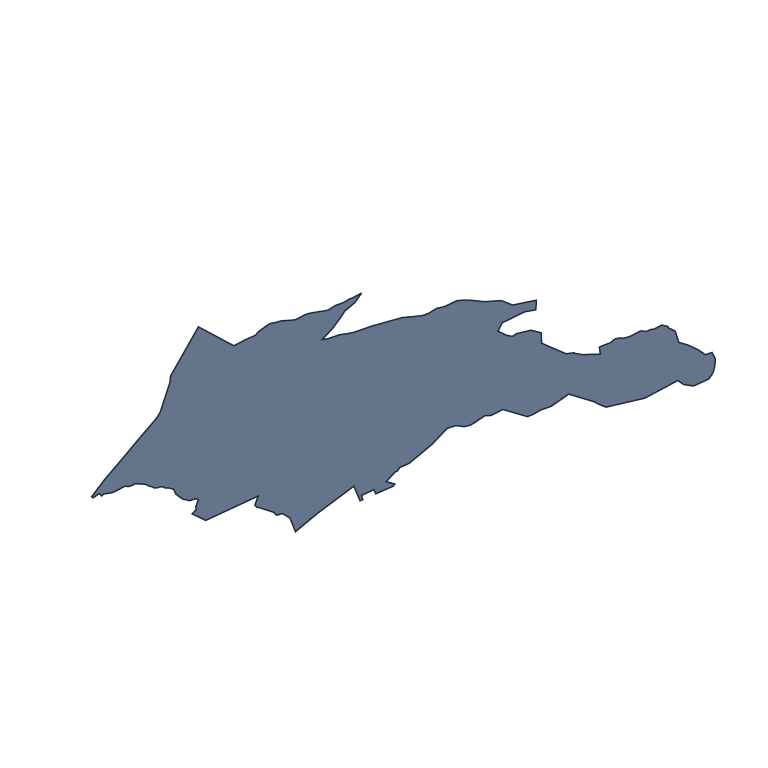 Ga East, Greater Accra, Ghana, rotated 66°
{"feature_id": "2480657B24635332146555", "entity_name": "Ga East", "entity_type": "district", "adm_level": 2, "iso_a3": "GHA", "parent_name": "Ghana", "parent_adm1": "Greater Accra", "projection": "equal_earth", "projection_center": [-0.223, 5.706], "detail": "fine", "context": "isolated", "style": "filled", "palette": "slate", "viewbox_px": 768, "rotation_deg": 66, "n_neighbors": 0, "source": "geoboundaries", "source_scale": "gbopen_adm2", "svg_char_len": 3997}
<svg xmlns="http://www.w3.org/2000/svg" viewBox="0 0 768 768"><g transform="rotate(66 384 384)"><path d="M488.6,71.5L488.3,75.0L488.0,78.4L480.0,83.5L472.1,90.4L465.9,97.7L459.2,97.0L456.9,96.7L454.8,96.5L454.5,96.5L453.5,96.9L452.9,97.4L452.3,98.1L451.7,98.6L451.0,98.8L450.7,99.1L450.5,99.5L450.3,99.9L449.3,100.8L448.5,101.1L446.8,101.4L446.2,102.0L445.7,102.7L444.9,104.1L443.2,105.9L443.3,108.6L443.7,114.9L442.8,117.6L442.8,118.5L442.6,123.2L439.8,128.0L440.6,138.1L440.0,144.9L439.8,145.7L438.9,147.9L438.6,148.5L437.8,150.1L437.3,151.7L437.1,153.0L436.9,154.2L437.2,156.3L437.3,157.0L437.7,157.7L438.0,158.9L438.3,160.2L438.4,161.3L438.0,166.1L438.0,168.0L437.8,169.3L437.8,171.4L437.8,171.6L438.0,172.3L444.8,174.3L444.7,174.5L442.8,178.9L440.4,184.4L439.0,188.4L437.1,192.2L435.3,194.4L433.9,197.0L433.3,197.3L432.8,197.6L430.4,205.4L416.2,218.6L410.7,223.4L401.2,219.5L394.6,227.9L392.3,240.4L392.0,241.5L392.0,242.8L392.0,243.0L392.7,246.5L392.2,248.2L389.0,252.7L386.2,254.8L382.2,258.5L376.1,251.0L376.0,242.9L375.8,239.4L375.5,232.6L375.3,225.9L378.0,215.2L375.9,214.1L372.5,212.1L369.4,210.8L366.5,223.8L364.3,234.2L356.4,242.0L355.9,242.5L355.5,243.1L354.9,244.4L352.5,251.1L350.7,256.0L350.2,257.3L349.6,258.7L348.8,260.4L346.4,264.4L343.6,269.3L342.5,271.3L340.6,275.3L339.5,277.7L339.0,279.3L338.0,282.1L337.6,283.6L337.5,284.1L337.9,297.1L336.3,305.2L337.6,314.7L337.1,321.0L333.9,331.3L332.4,334.8L332.1,336.6L330.8,340.1L328.2,357.4L327.5,362.9L326.2,370.9L325.1,384.1L324.5,390.7L324.0,393.2L323.4,395.7L322.3,399.9L321.5,402.3L321.0,404.5L320.7,406.2L320.6,408.1L320.2,411.9L319.7,417.5L318.2,422.3L312.7,409.1L312.1,407.8L311.1,406.2L306.5,398.1L301.4,390.0L297.8,377.6L291.8,367.5L292.5,377.1L292.5,377.8L292.3,381.1L292.6,383.6L292.6,384.3L293.0,386.0L293.1,388.6L293.0,390.3L292.8,392.8L292.7,394.4L292.5,396.1L293.7,404.6L293.1,408.0L292.8,409.2L292.3,411.3L291.7,412.9L291.1,415.4L291.0,416.2L290.7,416.9L289.9,420.2L289.1,423.4L288.6,427.2L288.6,428.9L288.7,429.6L288.8,430.7L288.9,431.9L289.2,438.0L289.1,438.8L288.4,441.7L285.0,450.8L284.4,452.6L283.8,457.9L282.6,462.1L282.6,464.8L283.6,470.4L283.9,471.1L284.1,472.8L284.4,473.6L284.8,476.3L285.4,477.9L287.0,481.0L287.2,481.7L287.2,493.8L287.5,496.7L288.0,505.6L256.3,530.3L289.8,575.6L295.8,579.2L315.8,597.3L316.9,598.2L318.0,599.2L319.2,600.6L320.6,602.5L322.3,605.2L323.3,606.9L324.1,608.5L327.6,615.9L329.0,618.9L333.0,627.3L333.2,627.5L334.7,630.7L337.1,635.7L340.5,642.5L340.7,642.9L340.9,643.3L343.0,647.7L345.4,652.6L349.4,660.8L349.8,661.7L353.9,670.2L355.9,674.3L357.8,678.4L358.3,679.2L358.8,680.2L360.7,683.5L361.1,684.3L361.5,685.0L361.9,685.8L362.6,687.2L366.6,694.1L368.0,697.0L369.7,696.0L368.3,688.8L370.7,687.7L371.5,687.4L370.6,685.3L370.6,684.4L371.9,679.9L372.3,678.2L372.7,676.5L372.8,673.2L372.6,670.2L372.6,668.9L372.1,665.6L372.1,662.4L372.2,661.6L373.5,659.7L373.9,658.7L374.2,654.8L374.1,653.5L373.8,653.1L373.7,652.3L377.9,644.0L379.4,641.9L382.0,640.0L382.8,638.8L383.5,637.6L385.0,636.7L385.6,636.0L386.7,633.0L386.9,630.8L387.4,629.0L387.7,628.3L388.1,627.6L389.7,626.6L391.9,622.3L392.3,621.8L394.7,619.0L399.8,619.0L407.2,614.8L411.7,608.7L412.2,602.5L414.1,600.6L419.7,606.0L422.4,606.6L424.6,612.1L436.1,602.4L435.2,544.5L440.3,549.5L442.4,551.3L444.9,550.2L446.0,548.5L450.8,543.1L456.3,537.0L459.9,535.7L460.5,534.3L460.6,533.5L460.5,531.9L460.9,530.5L461.5,529.3L462.6,528.3L468.3,524.4L482.9,525.0L475.1,497.2L465.1,453.1L481.0,453.4L481.0,450.4L476.7,449.8L476.5,436.2L481.0,436.2L481.1,417.0L479.7,414.8L474.1,421.7L468.9,409.6L468.9,406.9L466.7,403.6L466.7,393.0L458.6,364.5L450.2,344.4L451.3,335.3L455.6,328.1L456.7,322.3L456.2,317.1L454.0,304.8L456.3,299.1L455.6,285.8L472.2,266.2L472.4,259.9L471.5,251.7L472.4,240.3L468.4,219.4L485.5,199.5L490.4,195.6L495.5,190.5L503.0,151.5L500.9,122.2L500.3,114.1L506.4,110.5L511.7,102.1L511.6,85.6L509.1,81.0L506.0,77.3L500.8,73.7L497.5,71.9L495.4,71.0L488.6,71.5Z" fill="#64748b" stroke="#1e293b" stroke-width="1.5"/></g></svg>